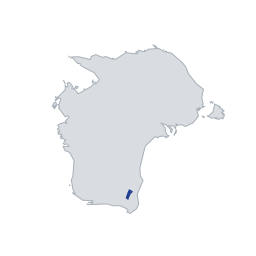 Kondinin, Western Australia, Australia shown in context, rotated 294°
{"feature_id": "25037944B57185706761007", "entity_name": "Kondinin", "entity_type": "district", "adm_level": 2, "iso_a3": "AUS", "parent_name": "Australia", "parent_adm1": "Western Australia", "projection": "robinson", "projection_center": [118.78, -32.484], "detail": "fine", "context": "in_parent", "style": "filled", "palette": "blue", "viewbox_px": 256, "rotation_deg": 294, "n_neighbors": 0, "source": "geoboundaries", "source_scale": "gbopen_adm2", "svg_char_len": 4589}
<svg xmlns="http://www.w3.org/2000/svg" viewBox="0 0 256 256"><g transform="rotate(294 128 128)"><path d="M173.0,53.9L175.3,65.8L178.4,65.3L181.9,68.8L182.2,76.1L184.2,78.6L184.5,85.4L185.9,88.9L195.9,95.4L199.4,106.1L200.5,106.6L200.8,104.7L203.0,106.7L203.4,105.7L204.0,111.1L205.3,112.8L208.1,114.4L213.2,123.6L212.5,129.7L214.0,137.1L209.9,150.8L207.4,155.8L201.9,161.5L196.2,172.7L194.1,181.1L185.5,183.1L180.9,186.7L178.3,187.0L178.8,189.1L175.1,186.1L175.7,185.4L175.5,184.6L174.8,184.6L173.3,185.9L172.4,185.1L174.1,183.9L173.3,182.9L167.4,187.5L158.9,185.2L152.7,179.7L152.8,175.3L150.0,171.4L151.3,171.6L151.3,170.4L146.7,171.6L148.3,168.7L146.8,164.4L144.8,169.2L141.5,169.7L142.1,168.1L143.7,168.1L146.3,161.5L146.0,156.5L143.4,161.7L139.9,163.7L137.5,166.9L137.8,168.4L136.4,168.2L134.4,166.5L135.7,166.5L134.9,163.4L133.0,159.9L131.3,159.4L131.2,156.3L118.4,151.1L96.4,155.1L89.4,158.7L86.2,163.1L71.0,163.4L62.8,168.8L57.2,168.5L50.9,164.8L50.8,161.2L52.3,161.8L53.7,159.6L53.7,152.1L51.0,146.5L50.0,139.4L42.7,124.7L45.5,126.3L43.8,121.8L45.0,124.4L47.1,125.2L43.6,116.0L46.1,103.3L46.7,106.3L49.1,103.0L57.6,97.2L60.7,97.5L76.2,92.0L82.0,84.6L81.7,79.7L84.8,76.2L87.3,81.6L88.7,78.6L87.0,76.5L87.5,75.2L92.6,76.1L91.0,75.5L92.1,73.4L91.2,71.5L93.9,71.3L92.9,69.9L95.2,69.7L94.4,67.7L96.4,65.4L96.5,66.7L98.1,66.6L98.3,64.0L100.5,64.9L102.0,62.8L104.4,64.3L107.6,67.9L107.0,70.7L109.2,68.0L113.8,69.8L114.7,68.2L112.7,66.1L118.2,56.3L119.3,56.9L121.2,54.5L121.8,55.5L127.4,54.8L127.2,52.4L123.5,50.7L124.1,50.1L137.5,55.1L141.4,53.3L140.4,55.2L142.0,56.3L144.1,54.0L145.8,55.9L143.6,60.3L141.3,60.7L141.4,63.8L139.1,68.7L151.0,77.6L154.3,78.5L155.3,80.7L160.7,82.1L164.8,74.4L165.4,63.1L166.1,58.9L167.5,57.8L166.5,55.9L170.0,47.7L173.0,53.9ZM171.2,196.6L177.3,199.0L185.2,197.5L184.8,204.2L184.4,203.0L183.5,204.4L182.7,208.8L180.3,207.0L178.0,211.1L174.8,210.8L175.6,209.6L173.0,207.7L172.2,204.3L173.4,204.9L171.0,200.2L171.2,196.6ZM117.3,50.2L121.1,50.1L122.3,51.4L119.7,53.8L117.3,50.2ZM139.8,172.9L146.4,172.8L143.5,173.9L139.8,172.9ZM144.7,63.1L145.4,65.6L143.0,65.2L143.4,63.4L144.7,63.1ZM212.9,122.5L212.9,119.8L214.0,117.5L214.3,119.1L212.9,122.5ZM184.0,192.7L186.1,193.2L186.0,194.2L184.0,192.7ZM116.9,50.9L118.2,53.3L115.7,53.1L116.9,50.9ZM169.3,193.1L168.1,192.8L168.9,191.2L169.3,193.1ZM157.3,76.6L156.2,77.3L155.0,77.7L155.6,76.4L157.3,76.6ZM42.7,124.0L41.8,122.7L41.7,121.5L41.8,121.4L42.7,124.0ZM185.4,195.1L186.2,195.7L184.7,195.2L185.4,195.1ZM204.8,111.5L205.7,111.5L205.6,112.7L204.8,111.5ZM184.8,85.3L185.8,86.0L185.6,86.4L184.8,85.3ZM179.9,209.4L179.8,210.5L179.1,210.2L179.9,209.4ZM213.7,130.8L213.7,132.3L213.7,130.8ZM127.1,50.0L126.4,49.4L126.9,49.0L127.1,50.0ZM145.0,50.2L144.1,51.4L145.2,49.3L145.0,50.2ZM214.0,128.9L213.6,129.4L213.9,128.9L214.0,128.9ZM146.0,72.4L145.5,72.6L145.8,72.0L146.0,72.4ZM142.8,63.1L142.1,63.2L142.5,62.4L142.8,63.1ZM52.2,97.3L52.0,98.3L51.7,98.2L52.2,97.3ZM168.9,47.2L168.9,48.0L168.6,47.4L168.9,47.2ZM174.7,185.0L174.9,185.5L174.7,185.3L174.7,185.0ZM143.8,51.7L142.5,52.6L143.8,51.5L143.8,51.7ZM94.5,66.5L94.0,67.1L94.3,66.4L94.5,66.5ZM180.4,208.6L180.0,208.9L180.3,208.5L180.4,208.6ZM156.7,79.5L156.0,79.5L156.4,79.0L156.7,79.5ZM91.9,70.9L91.5,71.2L91.5,70.4L91.9,70.9ZM183.8,206.4L183.2,206.7L183.5,206.1L183.8,206.4ZM169.4,44.9L169.3,45.5L168.9,45.2L169.4,44.9ZM174.4,185.7L174.9,186.2L174.0,186.0L174.4,185.7ZM197.1,95.3L196.6,95.4L196.8,94.7L197.1,95.3ZM200.4,104.6L200.2,104.6L200.4,104.1L200.4,104.6ZM171.6,195.8L171.4,196.2L171.3,195.7L171.6,195.8Z" fill="#d9dde1" stroke="#a8b0b8" stroke-width="1"/><path d="M63.5,156.0L63.5,156.3L63.7,156.2L63.8,156.2L63.8,156.3L63.9,156.2L63.9,156.3L64.0,156.3L64.2,156.5L64.3,156.5L64.5,156.5L64.8,156.5L64.9,156.4L64.9,156.5L65.0,156.5L65.1,156.4L65.3,156.4L65.3,156.5L65.3,156.4L65.5,156.4L65.5,156.5L65.8,156.5L66.0,156.5L66.3,156.5L66.3,156.4L66.5,156.4L66.8,156.4L67.0,156.4L67.0,156.5L67.3,156.5L67.5,156.6L67.8,156.5L68.0,156.5L68.3,156.5L68.5,156.5L68.6,156.4L68.8,156.4L69.0,156.3L69.0,156.5L69.3,156.5L69.5,156.5L69.8,156.4L69.9,156.5L70.0,156.6L70.1,156.8L70.3,157.0L70.5,157.3L70.8,157.4L71.0,157.4L71.3,157.4L71.5,157.4L71.7,154.6L70.6,154.6L70.4,154.6L70.1,154.6L69.9,154.6L69.6,154.6L68.6,154.6L68.3,154.6L68.2,154.7L67.5,154.7L67.2,154.7L67.1,154.8L66.9,154.8L66.7,154.8L66.4,154.8L66.2,154.9L65.9,154.9L65.9,155.0L65.7,155.0L65.4,155.0L65.2,155.0L64.8,155.0L64.7,155.0L64.4,155.0L64.1,155.0L64.2,155.3L64.0,155.5L63.9,155.5L63.7,155.7L63.8,155.7L63.7,155.7L63.7,155.8L63.7,156.0L63.5,156.0Z" fill="#3b82f6" stroke="#1e3a8a" stroke-width="1.5"/></g></svg>